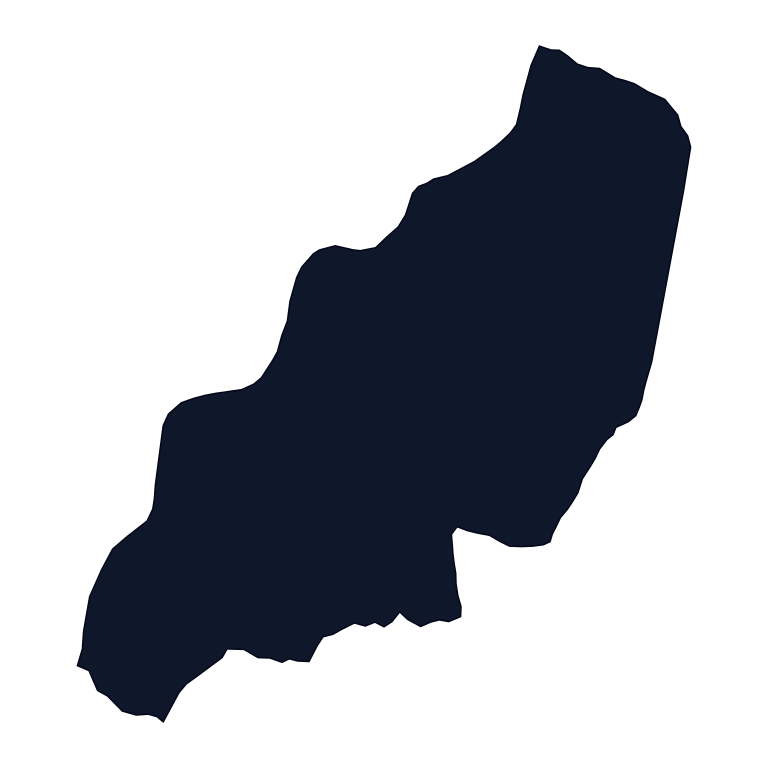 Nazária, Piauí, Brazil
{"feature_id": "56859067B86808637592511", "entity_name": "Nazária", "entity_type": "district", "adm_level": 2, "iso_a3": "BRA", "parent_name": "Brazil", "parent_adm1": "Piauí", "projection": "robinson", "projection_center": [-42.873, -5.44], "detail": "fine", "context": "isolated", "style": "filled", "palette": "ink", "viewbox_px": 768, "rotation_deg": 0, "n_neighbors": 0, "source": "geoboundaries", "source_scale": "gbopen_adm2", "svg_char_len": 1803}
<svg xmlns="http://www.w3.org/2000/svg" viewBox="0 0 768 768"><path d="M77.4,665.7L89.0,670.6L97.6,690.5L107.5,696.0L122.4,711.1L136.2,715.0L148.3,714.2L157.1,716.7L163.2,721.9L179.0,692.6L186.3,683.9L195.2,677.5L222.1,657.6L227.1,648.9L243.9,649.4L258.0,657.6L269.9,658.0L282.0,662.3L289.3,658.8L297.6,661.0L309.0,661.5L317.1,645.9L323.0,636.8L333.1,634.2L340.6,629.9L354.3,623.0L365.4,626.0L374.9,622.1L384.0,626.8L392.0,621.6L399.7,611.9L407.6,619.4L420.6,626.5L430.6,622.1L439.3,619.9L448.7,621.6L460.6,616.6L461.0,606.5L457.9,595.9L456.0,583.8L455.7,573.0L454.0,562.6L453.0,554.6L452.2,543.9L451.4,534.4L457.1,526.7L467.4,530.6L477.6,533.1L489.5,535.3L499.7,541.3L509.4,546.1L521.6,546.6L533.0,546.1L543.5,544.7L550.0,541.7L552.3,534.1L556.3,526.2L560.4,517.6L567.3,509.4L572.2,502.1L577.8,492.9L582.4,478.7L590.4,466.3L595.3,458.0L599.6,449.0L606.9,439.5L613.0,434.7L615.9,427.4L628.3,421.7L635.8,415.6L639.2,407.4L641.9,399.7L643.7,390.2L646.1,381.1L651.7,361.8L683.5,191.1L690.6,147.1L687.6,135.8L680.8,126.4L677.7,115.1L664.8,99.4L647.6,91.7L634.7,83.9L625.9,80.9L614.9,77.9L599.6,68.5L587.8,67.6L577.2,64.1L567.6,56.0L559.3,50.3L550.8,50.0L539.4,46.1L531.1,65.4L523.0,95.2L520.4,108.5L516.5,124.7L510.1,133.3L500.6,142.2L493.7,147.9L474.2,161.7L447.7,175.7L433.8,179.0L426.7,183.4L418.7,186.4L412.6,193.2L405.6,214.9L398.2,227.0L386.4,237.4L375.7,247.7L360.4,250.7L353.1,249.9L335.3,245.8L319.6,249.9L313.5,253.7L301.8,267.0L296.7,277.5L290.0,301.2L287.4,321.1L281.9,335.4L277.4,351.9L272.4,360.8L261.4,377.8L253.7,384.2L241.5,389.7L216.1,393.3L205.4,395.3L194.0,398.3L181.4,402.7L168.5,414.0L163.2,425.6L155.4,484.8L154.4,498.6L152.8,509.0L147.1,521.0L126.5,537.1L112.6,549.1L101.7,569.5L89.7,596.5L83.6,631.2L82.4,648.9L77.4,665.7Z" fill="#0f172a" stroke="#020617" stroke-width="1.5"/></svg>